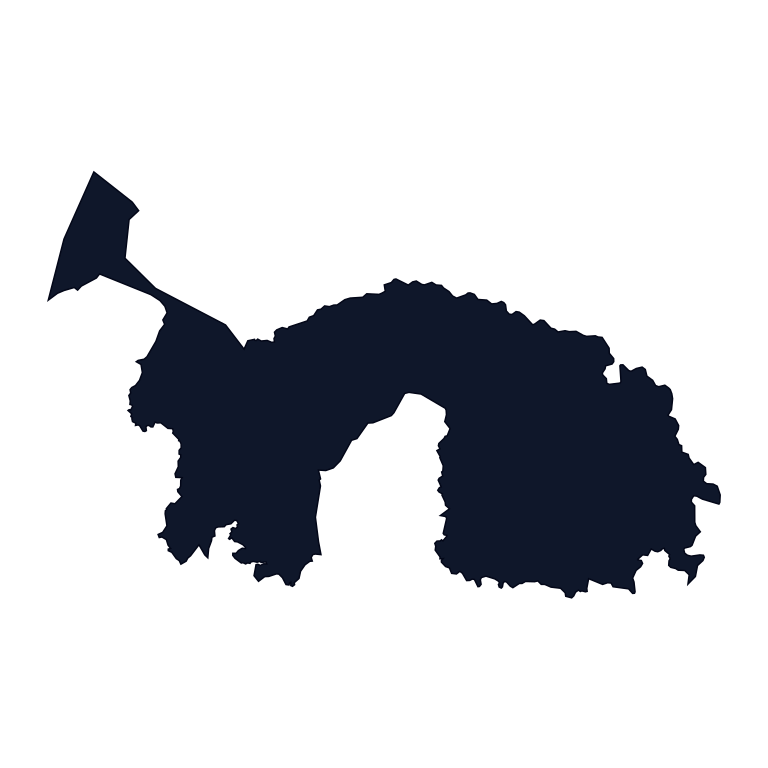 Xochistlahuaca, Guerrero, Mexico, rotated 269°
{"feature_id": "50627088B15605967871825", "entity_name": "Xochistlahuaca", "entity_type": "district", "adm_level": 2, "iso_a3": "MEX", "parent_name": "Mexico", "parent_adm1": "Guerrero", "projection": "orthographic", "projection_center": [-98.192, 16.882], "detail": "fine", "context": "isolated", "style": "filled", "palette": "ink", "viewbox_px": 768, "rotation_deg": 269, "n_neighbors": 0, "source": "geoboundaries", "source_scale": "gbopen_adm2", "svg_char_len": 6162}
<svg xmlns="http://www.w3.org/2000/svg" viewBox="0 0 768 768"><g transform="rotate(269 384 384)"><path d="M201.9,699.8L205.1,701.2L207.2,700.4L207.6,696.9L206.5,688.1L207.5,684.4L209.6,681.7L213.3,680.8L214.7,681.6L216.1,687.6L217.4,689.2L226.4,692.9L230.7,697.7L236.9,693.3L240.4,692.3L256.8,692.5L260.5,689.3L263.2,689.3L266.8,691.7L266.5,694.6L263.3,700.4L258.1,716.8L259.8,717.7L267.2,718.2L276.0,715.4L278.2,711.3L278.7,704.9L281.3,701.6L285.1,701.9L288.0,704.2L294.8,703.9L300.2,696.7L298.0,692.3L304.7,687.7L308.3,686.9L310.7,680.6L317.1,680.5L318.3,677.8L323.5,676.3L326.7,673.9L333.6,677.5L337.3,677.9L344.0,674.5L346.8,668.2L347.9,667.4L353.3,671.0L364.3,672.3L369.2,671.6L373.4,670.1L375.0,668.6L377.9,664.8L376.5,658.6L377.7,655.5L383.0,652.7L387.3,647.0L394.0,645.5L396.4,642.4L395.1,636.5L392.4,631.3L393.1,629.0L399.0,623.3L399.0,620.9L398.1,620.2L382.2,621.0L380.8,620.0L379.7,609.3L380.8,606.8L385.5,606.4L389.2,602.9L391.2,602.5L395.3,605.3L398.3,605.9L400.0,612.4L402.3,614.1L405.4,614.1L410.8,609.8L415.9,609.7L426.8,602.9L427.3,598.7L428.5,596.2L428.1,587.4L429.2,584.0L433.3,577.0L433.1,570.1L434.1,566.0L433.0,558.9L435.9,555.6L436.9,551.9L444.6,545.0L445.2,541.3L441.0,535.2L440.8,533.5L449.8,525.5L453.5,520.5L454.1,517.3L451.3,513.3L451.6,510.5L454.9,507.6L461.1,506.9L463.3,505.2L464.5,502.7L462.6,498.4L462.2,493.0L466.1,488.2L466.9,479.4L472.0,475.9L473.6,471.7L473.5,469.6L471.7,467.3L468.6,458.1L470.8,454.1L475.3,450.6L479.0,445.2L481.6,443.2L482.1,437.8L484.8,433.6L482.4,426.2L482.9,423.5L486.4,418.1L485.6,414.4L482.5,410.0L488.8,397.8L488.4,395.8L485.3,393.1L483.1,386.0L476.7,386.9L475.0,383.7L473.7,380.6L474.5,368.3L471.1,364.3L470.5,351.7L469.0,346.3L463.8,338.5L463.8,335.2L462.3,330.8L463.1,326.0L459.9,322.3L459.3,318.8L453.6,314.9L452.1,310.5L448.4,308.3L442.7,290.0L440.7,288.7L442.2,283.2L440.0,277.7L437.7,275.4L433.8,276.2L431.4,274.8L427.9,275.2L427.6,272.4L429.6,267.9L429.1,262.0L431.1,258.5L429.7,257.0L429.9,255.6L430.9,255.3L429.6,248.6L421.3,244.7L445.8,226.6L483.6,157.2L514.3,127.2L552.9,132.0L561.6,141.7L570.2,135.5L601.1,97.6L534.6,66.6L473.7,49.8L480.4,59.1L483.1,65.8L485.9,76.0L483.2,79.3L487.2,83.1L495.0,98.3L499.0,101.5L477.4,152.5L471.3,161.5L465.5,166.3L458.9,168.4L451.9,164.0L447.5,165.7L441.0,160.6L430.6,156.7L415.4,147.5L413.0,144.6L411.9,138.6L410.6,136.7L407.8,141.4L399.6,142.6L391.9,139.6L386.8,135.5L384.9,131.8L382.8,130.0L379.4,130.6L377.0,128.7L371.5,130.0L368.0,129.6L367.5,131.5L365.9,132.2L362.5,130.3L362.8,128.8L362.0,127.6L358.6,131.2L356.0,130.3L354.6,131.8L353.7,131.3L350.8,131.9L349.1,135.2L346.9,134.8L347.4,137.6L346.4,139.1L341.1,142.2L340.7,144.1L341.5,145.6L345.2,145.2L346.4,146.1L346.7,148.3L345.2,150.1L345.1,152.1L350.0,154.5L349.0,156.4L349.1,160.2L343.4,167.2L343.0,171.9L340.4,172.5L338.6,171.9L332.1,178.0L330.9,177.7L330.4,178.9L327.7,180.1L323.7,180.1L321.3,178.0L317.5,177.9L316.8,179.5L314.2,179.5L310.5,176.8L304.9,176.9L297.9,173.5L294.3,174.2L293.9,180.5L291.4,179.1L285.5,178.9L283.0,177.7L282.2,175.7L279.9,176.0L275.0,180.0L267.9,172.9L268.7,168.9L263.2,164.2L262.2,164.6L261.1,163.2L258.0,162.9L246.0,164.5L239.5,160.1L237.5,155.5L234.4,156.6L234.9,159.3L232.2,163.7L226.6,165.3L223.3,167.8L222.7,165.4L221.1,165.4L219.4,168.9L213.0,173.3L211.0,176.2L207.4,177.8L210.3,183.1L213.3,184.7L215.6,187.6L226.5,196.2L216.3,201.8L213.3,204.8L222.6,205.8L230.3,208.8L233.8,209.3L235.0,212.3L240.3,211.9L243.0,213.1L244.0,215.4L244.1,221.8L246.1,223.7L246.9,228.5L250.4,232.2L250.1,234.3L247.0,236.1L245.7,234.6L243.4,234.9L242.1,233.1L243.1,230.4L241.6,228.5L238.8,229.3L237.0,227.4L235.8,228.2L232.2,225.9L231.4,226.9L232.8,229.2L229.1,231.9L228.7,234.8L225.8,240.1L223.2,242.6L221.8,242.6L222.3,239.4L220.0,235.5L217.3,233.2L217.4,229.9L215.3,229.8L212.3,232.0L207.5,238.2L207.8,239.9L206.5,242.5L207.5,244.5L207.0,246.9L208.5,248.0L208.9,250.4L208.0,254.0L208.8,257.0L207.7,258.0L208.2,262.8L206.2,263.6L206.3,260.4L204.7,257.3L206.0,254.7L205.6,252.9L194.6,250.7L188.9,255.1L193.5,261.4L193.6,265.5L196.0,273.0L195.8,275.5L192.1,279.1L185.2,282.5L184.7,285.5L186.9,286.2L187.5,287.4L184.1,287.3L183.3,289.0L184.9,291.1L186.9,290.8L191.0,295.6L198.2,297.3L204.6,301.9L208.0,306.7L208.2,309.2L211.8,308.2L214.6,309.8L215.2,312.3L214.5,318.0L227.3,315.8L252.0,313.1L283.2,318.7L289.1,317.5L290.2,318.9L299.1,316.9L298.5,324.3L301.0,331.9L307.9,338.9L328.3,350.6L329.9,356.0L345.2,367.2L345.4,372.3L352.3,390.8L355.1,393.4L374.2,404.5L375.2,408.8L373.3,420.9L358.7,444.8L356.7,445.7L352.2,445.9L345.3,444.1L338.3,449.3L331.1,446.3L330.6,444.2L328.5,443.1L323.6,437.8L321.3,437.3L318.2,438.9L316.5,435.7L310.3,439.0L309.4,438.5L301.3,441.8L296.0,441.3L295.0,440.1L291.0,441.1L288.8,437.5L287.0,436.5L280.2,439.4L279.4,437.6L276.8,435.9L275.1,437.1L273.1,440.5L271.9,440.0L265.0,443.1L261.7,443.4L258.1,447.3L251.5,438.1L250.4,443.4L248.6,444.3L233.6,440.6L232.1,441.6L231.6,444.2L230.8,444.2L226.1,440.2L227.2,438.7L226.1,437.5L226.0,434.2L223.8,432.0L220.9,432.9L217.0,432.3L210.2,437.0L208.2,436.9L208.4,440.1L206.5,438.3L204.9,438.3L200.4,442.4L199.0,446.2L193.5,448.3L192.8,453.1L195.4,456.6L193.4,459.1L186.0,463.2L186.1,466.3L187.4,468.9L187.0,471.0L179.7,474.4L179.9,475.9L182.0,477.6L186.6,476.9L188.8,478.0L190.1,482.6L187.2,491.4L185.0,494.8L183.1,496.1L181.6,494.9L179.0,495.6L177.9,497.7L179.1,498.9L182.9,499.6L184.4,501.0L184.0,503.0L179.7,506.7L178.1,509.3L182.2,515.8L182.2,518.6L184.1,522.0L183.7,531.1L184.4,534.4L180.9,537.7L180.8,541.3L178.0,547.4L176.7,557.0L172.1,561.5L168.6,562.0L166.9,567.9L168.8,570.0L172.5,571.9L174.5,574.8L173.1,576.7L173.7,578.2L172.7,581.8L173.1,583.5L176.1,583.2L185.8,585.2L179.8,599.1L181.4,604.1L181.0,607.6L177.3,609.5L174.9,625.0L170.3,628.9L170.4,630.8L171.8,631.4L181.7,630.5L185.6,629.2L193.2,632.8L196.8,637.4L200.1,639.4L203.0,638.2L203.6,634.9L204.3,634.6L208.7,639.7L208.0,644.6L214.4,648.3L212.1,652.0L211.5,654.8L212.7,657.8L214.5,659.6L214.8,661.4L212.6,661.9L208.5,666.6L206.9,665.8L204.3,667.1L202.3,665.9L197.7,665.5L195.7,667.5L194.4,672.4L192.7,674.9L192.3,681.4L187.9,685.8L178.6,684.4L186.1,692.0L197.0,694.3L201.9,699.8Z" fill="#0f172a" stroke="#020617" stroke-width="1.5"/></g></svg>